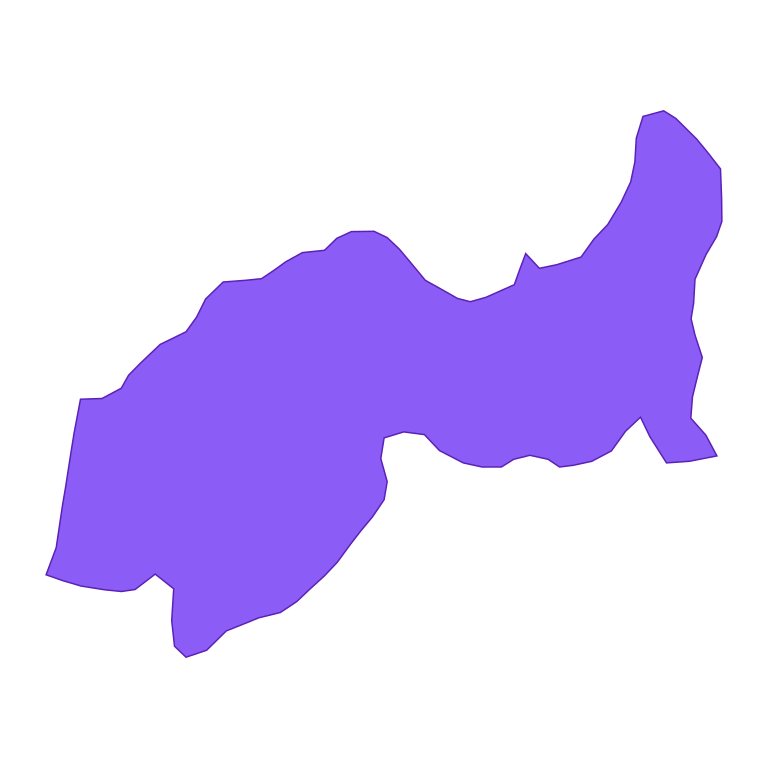 Nova Odessa, São Paulo, Brazil
{"feature_id": "56859067B96263838287024", "entity_name": "Nova Odessa", "entity_type": "district", "adm_level": 2, "iso_a3": "BRA", "parent_name": "Brazil", "parent_adm1": "São Paulo", "projection": "natural_earth1", "projection_center": [-47.279, -22.782], "detail": "fine", "context": "isolated", "style": "filled", "palette": "violet", "viewbox_px": 768, "rotation_deg": 0, "n_neighbors": 0, "source": "geoboundaries", "source_scale": "gbopen_adm2", "svg_char_len": 1453}
<svg xmlns="http://www.w3.org/2000/svg" viewBox="0 0 768 768"><path d="M80.5,399.2L74.0,433.6L71.0,452.3L68.2,470.3L65.4,488.3L62.6,504.7L56.2,547.7L46.1,574.8L63.2,580.8L81.3,586.1L104.8,589.8L121.4,591.5L135.1,589.5L155.2,574.1L173.7,588.8L171.7,620.5L174.5,646.2L186.0,657.2L206.7,650.2L226.3,630.9L241.4,624.9L258.8,617.8L280.3,612.5L296.8,601.5L310.2,588.8L324.5,575.8L337.4,562.1L351.1,543.4L361.2,530.4L372.6,516.7L384.1,499.7L387.2,481.6L380.8,458.6L384.1,437.9L403.7,431.9L424.4,434.6L439.5,450.6L463.3,462.9L482.1,467.0L501.4,467.0L513.7,459.3L529.9,455.3L548.1,459.3L559.6,467.0L573.3,465.3L591.8,461.3L611.4,450.9L625.6,431.2L640.5,417.2L650.0,436.9L666.5,462.9L689.4,461.3L716.9,455.9L705.9,435.2L690.8,418.2L692.5,396.8L696.7,379.5L702.3,357.5L695.0,335.1L691.1,318.7L693.6,303.4L695.0,279.3L706.0,254.6L716.6,236.6L721.9,221.3L721.6,198.2L720.5,168.9L707.7,152.5L696.7,139.1L675.8,118.4L663.7,110.8L643.0,116.4L636.3,138.1L634.9,161.8L630.7,181.9L621.2,202.2L607.7,224.6L594.0,239.0L581.1,257.0L556.8,264.7L539.4,268.3L525.7,253.6L519.8,269.3L514.3,284.7L485.7,297.4L470.3,301.7L457.4,298.4L440.9,289.0L425.3,280.3L411.0,263.0L399.5,249.3L387.2,237.6L374.0,231.3L351.4,231.6L336.8,238.3L324.5,250.3L302.4,252.6L285.9,261.7L274.4,270.0L261.5,278.7L245.6,280.3L223.2,282.0L205.6,299.0L196.6,317.1L186.0,331.8L160.2,344.4L140.1,363.5L128.6,375.2L121.3,388.2L102.0,398.5L80.5,399.2Z" fill="#8b5cf6" stroke="#5b21b6" stroke-width="1.5"/></svg>